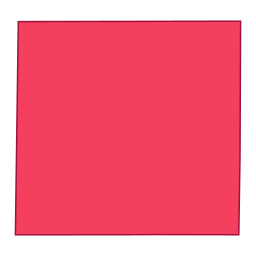 Ellis, Kansas, United States of America
{"feature_id": "52423323B59863031323123", "entity_name": "Ellis", "entity_type": "district", "adm_level": 2, "iso_a3": "USA", "parent_name": "United States of America", "parent_adm1": "Kansas", "projection": "robinson", "projection_center": [-99.256, 38.915], "detail": "fine", "context": "isolated", "style": "filled", "palette": "rose", "viewbox_px": 256, "rotation_deg": 0, "n_neighbors": 0, "source": "geoboundaries", "source_scale": "gbopen_adm2", "svg_char_len": 246}
<svg xmlns="http://www.w3.org/2000/svg" viewBox="0 0 256 256"><path d="M238.8,234.7L240.0,156.7L240.6,21.2L236.6,21.2L18.3,21.6L15.4,234.8L20.7,234.8L127.1,234.7L153.9,234.6L238.8,234.7Z" fill="#f43f5e" stroke="#9f1239" stroke-width="1.5"/></svg>